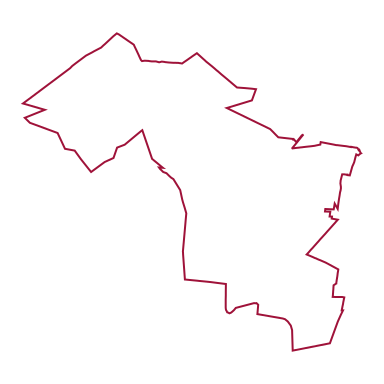 Cuilápam de Guerrero, Oaxaca, Mexico (orthographic projection)
{"feature_id": "50627088B62006503401579", "entity_name": "Cuilápam de Guerrero", "entity_type": "district", "adm_level": 2, "iso_a3": "MEX", "parent_name": "Mexico", "parent_adm1": "Oaxaca", "projection": "orthographic", "projection_center": [-96.785, 17.003], "detail": "fine", "context": "isolated", "style": "outline", "palette": "rose", "viewbox_px": 384, "rotation_deg": 0, "n_neighbors": 0, "source": "geoboundaries", "source_scale": "gbopen_adm2", "svg_char_len": 4674}
<svg xmlns="http://www.w3.org/2000/svg" viewBox="0 0 384 384"><path d="M196.9,53.2L192.2,56.4L191.0,57.3L189.5,58.3L189.1,58.6L187.4,59.8L186.7,60.3L185.5,61.1L184.5,61.8L183.9,62.2L182.1,63.5L181.3,63.4L180.5,63.2L180.4,63.2L179.4,63.1L178.4,62.9L178.0,62.9L177.5,62.9L175.6,62.8L173.2,62.8L168.8,62.5L165.1,62.1L164.3,61.9L161.8,61.6L160.3,62.0L159.1,62.3L158.5,62.1L155.9,61.4L151.7,61.4L149.4,61.1L148.4,60.9L144.5,60.7L142.0,61.1L141.0,60.1L139.3,56.5L138.7,55.1L136.4,50.2L134.6,46.5L133.8,44.7L128.1,40.8L119.0,34.5L116.8,33.4L114.5,35.3L114.4,35.4L113.6,36.0L104.7,44.3L103.4,45.4L101.1,47.6L98.4,49.0L94.0,51.3L92.3,52.3L86.0,55.6L75.7,63.3L72.2,66.0L70.1,68.2L23.0,103.5L44.8,109.8L38.3,112.4L24.8,117.8L29.9,122.8L57.6,133.0L65.0,148.8L74.7,150.6L81.0,159.3L91.1,172.0L104.7,162.0L113.5,158.0L117.1,147.6L124.7,144.7L136.1,135.2L141.2,131.0L142.3,130.2L152.1,158.9L157.1,163.0L161.4,166.6L162.9,167.8L159.0,167.5L160.2,169.1L160.8,169.6L163.2,172.0L166.5,173.2L169.3,176.0L171.2,177.7L173.4,179.1L180.2,190.1L182.2,199.4L182.5,200.5L182.9,202.0L184.7,207.8L186.0,212.3L186.3,213.4L185.7,219.8L185.4,223.4L182.9,251.7L183.0,252.2L183.1,254.6L184.3,271.1L184.6,275.4L184.9,279.5L197.2,280.7L198.9,280.9L204.1,281.4L207.1,281.7L210.0,282.0L210.9,282.1L217.1,282.9L225.9,284.0L225.8,291.3L225.8,295.5L225.7,299.4L225.7,304.2L225.7,305.2L225.7,306.0L225.7,306.9L225.7,307.5L225.8,308.8L226.0,309.8L226.1,310.1L226.7,311.1L227.2,312.3L228.4,312.7L229.4,313.3L230.8,312.8L232.0,311.9L233.9,310.2L235.8,307.9L254.1,303.1L255.2,303.3L256.5,303.1L257.5,304.1L258.2,304.8L257.8,309.4L257.4,314.1L282.8,318.5L285.0,319.2L287.8,321.5L290.8,325.6L292.1,330.1L292.7,350.6L329.9,343.3L337.8,321.6L340.9,314.7L343.0,310.4L342.7,310.4L342.4,310.3L342.1,310.3L341.7,310.3L342.3,307.4L342.4,306.8L343.0,304.1L343.3,302.1L343.6,300.7L343.9,299.1L344.2,297.9L344.3,297.4L343.9,297.3L343.2,297.2L342.2,297.0L335.7,297.0L332.7,296.9L332.9,295.3L333.0,293.7L333.0,293.3L333.1,292.5L333.1,292.0L333.2,290.6L333.3,289.9L333.4,288.4L333.4,287.7L333.5,287.1L333.5,286.7L333.5,286.4L333.6,285.3L333.9,285.1L334.3,284.8L335.1,284.3L336.0,283.6L336.3,283.5L336.3,283.3L336.3,282.9L336.4,282.1L336.5,281.6L336.6,281.0L336.6,280.7L336.9,278.9L337.0,278.6L337.0,278.0L337.2,277.2L337.3,276.4L337.4,275.6L337.5,275.1L337.5,274.8L337.6,274.0L337.7,273.1L337.8,272.5L338.0,271.5L338.3,269.4L338.0,269.2L337.5,269.0L336.6,268.5L325.7,262.6L320.2,260.2L319.1,259.8L318.4,259.5L318.0,259.3L317.4,259.1L316.9,258.8L316.3,258.5L315.8,258.3L315.3,258.2L313.5,257.4L312.5,256.9L311.7,256.6L309.9,255.8L306.7,254.5L308.8,252.2L310.5,250.2L311.3,249.3L312.1,248.5L313.2,247.3L313.6,246.8L316.9,243.1L317.7,242.2L318.1,241.8L320.4,239.1L321.9,237.5L323.6,235.6L325.0,234.1L327.8,230.9L328.1,230.6L329.7,228.8L332.1,226.1L333.8,224.2L335.0,222.9L336.0,221.7L337.1,220.5L337.8,219.7L331.7,218.6L332.0,216.6L329.6,216.5L330.3,211.7L325.0,211.5L325.3,209.0L333.7,209.4L334.7,203.6L337.7,208.9L338.3,203.8L339.0,199.0L339.6,195.5L339.8,194.1L340.0,192.7L340.3,191.3L340.4,191.0L340.5,190.9L340.7,189.6L340.9,188.6L340.9,186.8L340.5,184.1L340.4,183.6L340.6,181.1L340.6,180.7L342.2,174.3L343.6,174.3L344.7,174.4L345.1,174.5L346.2,174.6L347.4,174.6L347.4,175.1L349.8,175.4L350.0,174.6L350.3,173.7L350.5,172.9L350.8,171.9L351.2,170.4L351.7,168.7L352.0,167.5L352.1,167.2L352.4,166.2L352.5,166.1L353.4,164.1L354.2,162.2L355.4,157.4L356.0,155.3L356.2,154.8L356.3,154.4L358.3,155.4L359.4,154.4L360.0,153.9L361.0,153.3L360.7,153.1L360.2,152.0L360.0,151.6L359.3,149.8L358.7,150.2L358.2,149.2L357.6,148.2L357.2,147.9L356.7,147.7L355.2,147.6L354.8,147.5L353.0,147.2L351.7,146.9L351.1,146.8L351.0,147.1L347.8,146.5L345.5,146.1L345.1,146.1L336.8,145.1L336.1,145.1L333.8,144.6L320.7,142.1L320.3,144.6L316.4,145.4L315.1,145.7L314.6,145.8L310.7,146.3L310.3,146.3L309.8,146.4L308.7,146.5L306.8,146.7L303.3,147.1L301.9,147.3L300.6,147.4L299.2,147.6L296.3,147.9L293.3,148.3L292.5,148.4L292.3,148.1L292.9,147.3L293.2,147.0L296.9,142.5L301.4,136.9L303.4,134.5L303.0,134.7L302.6,134.9L302.3,135.1L301.9,135.3L301.7,135.6L301.6,135.8L301.3,136.0L301.2,136.2L301.0,136.5L300.8,136.6L300.7,136.8L300.5,137.1L300.3,137.3L300.1,137.6L299.9,137.8L299.7,138.1L299.3,138.5L296.4,142.2L295.3,141.0L294.5,140.0L293.7,139.1L293.1,139.6L292.5,138.9L278.3,137.3L275.7,134.7L273.3,132.2L270.2,129.1L226.8,108.0L251.9,100.4L256.0,89.2L251.8,88.7L245.2,88.1L237.0,87.5L233.2,84.3L224.8,77.2L221.4,74.4L219.7,72.9L217.8,71.2L217.7,71.2L215.9,69.7L214.7,68.6L211.5,65.9L210.6,65.2L208.3,63.3L206.6,62.0L206.5,61.8L205.9,61.4L204.8,60.3L204.6,60.1L204.0,59.6L203.1,58.8L199.9,55.9L199.1,55.2L196.9,53.2Z" fill="none" stroke="#9f1239" stroke-width="2"/></svg>